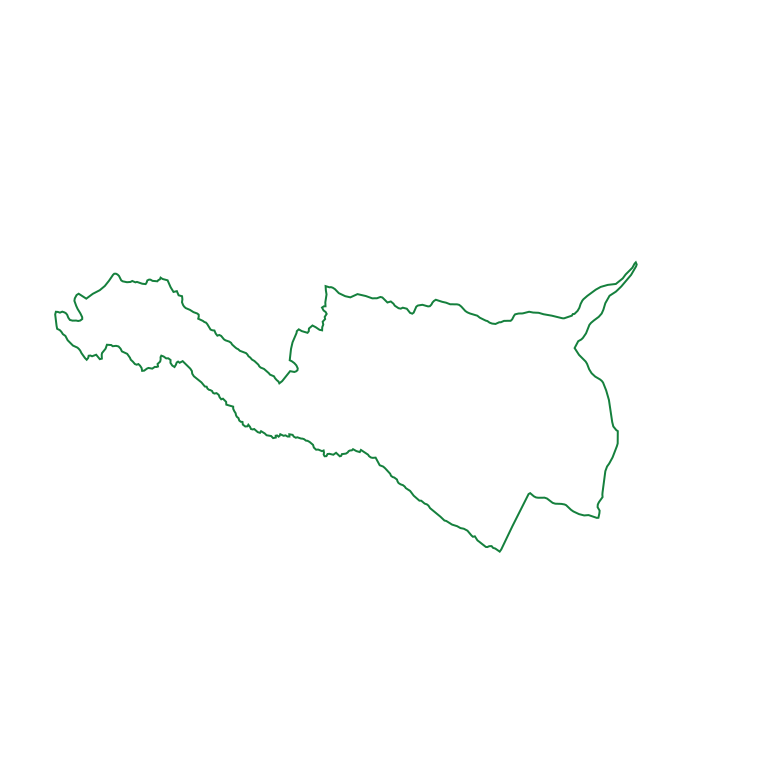 the district of Kandara, Central, Kenya, rotated 337°
{"feature_id": "3690345B86008432218279", "entity_name": "Kandara", "entity_type": "district", "adm_level": 2, "iso_a3": "KEN", "parent_name": "Kenya", "parent_adm1": "Central", "projection": "equal_earth", "projection_center": [37.007, -0.881], "detail": "fine", "context": "isolated", "style": "outline", "palette": "green", "viewbox_px": 768, "rotation_deg": 337, "n_neighbors": 0, "source": "geoboundaries", "source_scale": "gbopen_adm2", "svg_char_len": 6166}
<svg xmlns="http://www.w3.org/2000/svg" viewBox="0 0 768 768"><g transform="rotate(337 384 384)"><path d="M541.0,573.5L541.8,571.1L542.8,569.2L553.7,550.7L557.1,547.1L560.1,545.3L565.7,540.9L574.1,532.2L575.9,530.0L580.8,518.7L579.8,517.2L578.5,512.7L579.2,508.2L584.8,486.6L586.0,476.7L586.2,468.3L585.7,466.3L584.7,464.3L581.3,459.7L579.3,455.2L578.6,450.6L578.8,444.8L578.4,442.1L574.9,433.4L573.5,425.4L579.5,420.5L583.0,420.1L585.1,419.3L589.8,416.3L596.2,409.8L598.5,408.6L602.1,407.5L607.9,406.1L611.9,404.2L615.0,401.3L619.3,396.1L626.1,390.9L633.5,389.6L635.7,388.8L640.6,386.9L654.1,380.1L662.0,374.2L663.3,372.7L663.3,370.4L661.7,371.1L658.1,374.0L649.2,377.6L645.0,380.1L636.5,382.5L628.7,380.2L621.4,379.3L615.8,379.9L605.7,382.3L600.7,383.9L599.2,384.7L596.3,387.1L593.6,390.2L590.8,392.3L586.7,393.9L585.1,393.4L583.6,394.5L575.4,393.9L573.9,393.2L565.2,386.7L558.1,382.1L554.2,378.9L549.2,376.5L545.8,374.2L539.2,373.2L535.4,371.7L531.9,371.1L530.3,372.0L527.2,374.6L525.3,375.3L519.2,372.8L515.7,372.8L514.2,372.2L510.1,372.3L507.1,370.6L505.1,368.7L503.8,366.5L502.4,365.4L498.1,360.4L496.6,357.6L490.7,352.7L488.7,350.6L487.4,348.6L485.4,342.9L484.1,340.5L482.5,339.3L476.0,336.4L472.9,333.4L469.7,331.1L464.6,326.7L462.3,327.1L460.4,328.0L458.7,329.4L456.6,330.3L454.9,329.8L450.3,326.1L445.9,325.0L444.0,325.4L439.2,329.9L437.5,330.3L435.8,328.7L434.4,323.6L431.1,321.1L428.9,321.2L427.0,319.9L424.5,316.1L424.1,313.8L422.5,310.7L419.0,310.3L416.3,303.7L414.7,302.5L410.9,302.3L406.6,300.5L401.6,295.9L394.7,290.9L386.9,291.1L382.6,288.0L377.9,282.7L375.9,277.5L374.4,275.3L373.0,274.1L371.6,273.7L368.5,271.1L367.1,275.0L366.1,279.1L361.9,285.9L360.5,289.6L358.9,289.0L356.8,289.4L357.1,292.7L358.4,294.9L358.6,297.1L355.6,299.1L355.2,301.2L351.9,302.7L351.3,305.6L349.4,307.5L348.0,310.4L345.8,308.9L343.3,305.0L341.0,302.2L336.6,303.6L335.3,306.1L333.6,307.0L329.0,303.2L326.9,300.4L324.4,301.3L323.4,302.9L316.1,309.9L312.1,315.4L306.5,325.3L308.0,327.0L309.6,329.7L310.6,332.6L310.7,335.9L309.7,337.5L308.1,338.0L306.2,337.9L302.6,335.5L291.3,341.6L287.9,342.5L287.8,340.4L286.9,338.8L286.0,336.2L285.7,333.9L282.7,330.8L282.2,329.0L279.4,323.2L276.9,320.7L276.1,319.0L275.9,317.1L273.7,312.2L272.0,309.9L271.2,307.4L270.1,305.5L269.8,303.5L269.1,301.7L264.3,297.1L263.3,294.9L262.2,293.7L261.3,292.0L259.6,288.3L259.3,286.3L258.1,284.5L255.1,281.8L254.1,280.3L252.9,276.1L251.5,274.5L249.5,274.4L248.8,271.9L248.8,268.5L247.0,267.5L245.6,266.1L244.7,259.7L244.1,257.9L242.9,256.8L241.9,255.1L238.5,251.3L239.8,249.6L240.5,247.7L239.6,246.1L236.7,243.4L234.3,239.9L231.1,236.6L230.2,234.5L229.9,232.7L230.0,229.8L231.5,227.3L232.4,224.3L229.6,222.1L229.6,217.6L226.2,217.0L225.4,211.6L225.3,204.0L221.2,200.8L219.9,198.8L218.6,200.1L216.9,200.2L215.5,200.9L211.2,198.6L209.8,196.7L208.5,196.1L206.6,196.2L205.1,197.9L203.6,198.9L200.6,197.2L196.5,193.5L194.9,193.3L192.5,190.8L190.5,191.0L187.2,189.9L183.6,187.4L182.6,185.9L182.3,181.0L181.5,179.1L180.3,177.7L178.8,177.1L177.3,177.6L171.2,181.5L165.3,184.7L159.0,186.6L151.2,187.2L143.3,189.1L138.2,181.6L135.8,182.0L132.8,184.4L131.5,186.5L131.2,191.9L131.3,195.2L132.1,200.4L132.3,204.6L131.6,206.3L129.2,206.9L127.1,206.5L125.4,205.3L122.1,204.0L119.9,202.3L119.3,199.6L119.4,196.6L118.9,194.7L117.9,193.3L116.1,191.7L113.6,191.7L111.9,190.2L110.2,189.3L108.5,191.5L105.3,202.6L104.7,205.5L106.6,207.7L107.4,209.8L107.9,212.7L109.5,215.2L109.9,220.1L112.7,227.1L116.0,230.7L116.8,232.4L117.4,234.5L117.6,237.4L118.9,243.3L119.8,245.5L121.9,244.4L123.2,242.6L124.9,243.1L126.1,244.4L130.5,244.6L132.1,250.1L134.2,250.4L135.6,246.7L136.6,245.3L141.5,242.7L144.3,239.6L148.2,241.6L149.0,243.2L152.3,244.2L154.3,245.7L155.3,248.5L155.5,251.6L159.4,255.9L160.4,260.5L160.4,262.7L161.6,265.4L162.5,268.3L163.9,269.6L165.7,269.7L166.6,271.8L167.1,274.5L166.5,277.4L168.5,278.0L171.9,277.2L173.5,277.2L176.7,279.3L179.7,278.7L181.4,279.5L182.8,279.6L183.4,277.1L186.7,275.9L188.0,274.1L188.8,272.0L190.1,270.9L191.9,272.6L193.5,275.3L195.5,276.1L196.9,278.5L195.7,281.1L196.3,284.3L197.8,286.5L199.9,285.0L201.6,283.2L203.2,282.9L204.2,284.6L207.6,284.3L211.7,294.2L212.2,297.0L211.5,299.6L212.0,302.6L216.6,311.2L218.1,316.3L219.7,317.2L219.7,319.2L220.6,320.9L221.8,321.8L223.0,323.3L223.1,325.2L224.1,326.5L226.3,327.0L227.6,329.4L227.5,332.0L228.2,334.5L230.0,334.6L231.7,338.7L230.8,341.4L236.3,345.9L235.5,348.0L235.6,350.6L236.0,352.9L235.6,354.8L235.7,356.6L236.7,358.5L236.5,361.1L237.4,362.8L238.9,363.6L238.2,366.2L239.7,368.9L241.8,369.6L243.2,368.5L243.9,371.0L244.0,373.5L245.5,374.6L246.9,374.7L249.0,379.0L250.8,380.5L252.4,379.4L254.9,382.9L255.9,385.3L259.8,387.8L260.8,390.5L263.5,391.0L264.1,389.3L265.5,389.6L266.4,391.3L267.7,390.9L268.9,389.7L271.3,392.4L273.3,392.8L274.7,394.7L276.4,395.4L277.2,393.3L280.0,395.1L280.4,397.2L281.8,399.0L283.4,399.2L286.3,401.8L287.7,402.5L288.9,403.6L290.0,405.6L291.4,406.4L292.9,408.3L294.9,412.3L294.6,415.1L295.8,417.9L297.9,418.7L300.7,421.6L302.4,421.6L302.0,423.6L300.9,425.4L301.1,427.3L302.8,427.9L304.7,426.4L306.4,426.9L309.7,429.3L313.0,428.6L315.1,433.3L316.5,433.4L317.8,432.1L321.8,433.2L323.9,432.8L325.2,432.0L326.6,431.9L328.5,432.5L330.0,431.9L332.4,435.0L335.1,437.2L337.0,435.7L341.7,442.8L342.1,444.7L343.3,446.6L344.8,447.6L347.5,448.5L348.3,457.1L351.0,459.7L352.1,462.0L354.6,469.0L354.6,471.2L355.6,473.0L356.9,474.1L358.6,477.0L358.4,479.0L358.7,480.9L360.1,482.9L361.9,484.5L363.0,486.5L363.4,488.4L366.3,492.7L367.7,498.4L371.0,505.2L372.7,506.0L374.7,510.0L376.4,511.5L377.4,513.3L377.9,516.3L384.1,528.2L386.3,533.3L387.8,534.4L391.7,540.0L395.8,543.5L398.1,546.5L400.9,548.4L403.5,551.6L405.4,557.8L406.2,559.4L408.1,559.7L408.9,564.4L414.1,573.8L415.5,574.5L417.5,574.4L419.7,575.3L420.4,577.5L422.1,578.9L425.0,583.5L427.3,582.1L446.7,565.0L474.1,541.8L475.9,541.6L478.1,546.0L479.6,547.8L481.4,548.9L487.4,551.4L489.3,553.1L492.8,559.3L494.9,561.1L500.3,563.6L503.1,565.4L504.3,566.7L507.0,572.9L508.5,575.3L512.7,580.0L516.9,583.2L521.1,584.6L527.6,590.4L529.1,590.9L531.8,587.1L533.0,584.8L532.5,580.8L533.7,578.5L535.6,576.8L541.0,573.5Z" fill="none" stroke="#15803d" stroke-width="2"/></g></svg>